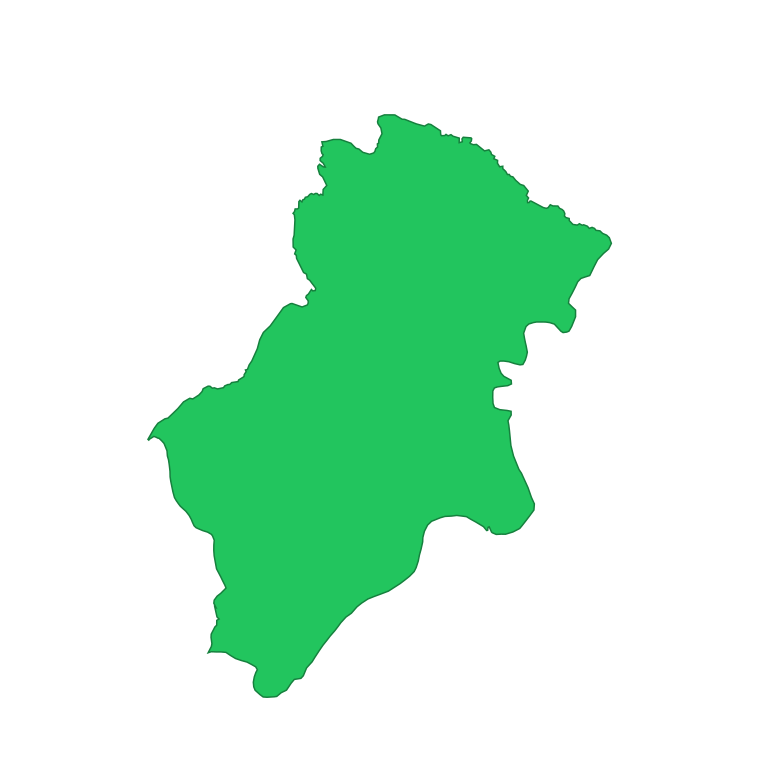 Luozi, Bas-Congo, Democratic Republic of the Congo, rotated 158°
{"feature_id": "63176286B40063645047483", "entity_name": "Luozi", "entity_type": "district", "adm_level": 2, "iso_a3": "COD", "parent_name": "Democratic Republic of the Congo", "parent_adm1": "Bas-Congo", "projection": "mercator", "projection_center": [13.9, -4.819], "detail": "fine", "context": "isolated", "style": "filled", "palette": "green", "viewbox_px": 768, "rotation_deg": 158, "n_neighbors": 0, "source": "geoboundaries", "source_scale": "gbopen_adm2", "svg_char_len": 5691}
<svg xmlns="http://www.w3.org/2000/svg" viewBox="0 0 768 768"><g transform="rotate(158 384 384)"><path d="M623.6,421.1L623.1,420.1L622.1,420.7L617.0,421.6L615.3,420.1L614.0,418.6L612.9,417.9L611.4,414.6L610.2,411.3L610.2,407.4L610.2,403.4L611.8,398.4L612.2,394.4L613.3,389.8L615.1,383.3L617.1,378.0L618.2,373.4L620.1,363.1L620.8,357.2L620.3,353.7L619.5,350.2L618.6,346.9L615.4,340.3L613.9,335.1L613.4,330.7L613.4,327.6L613.2,323.7L612.1,321.2L610.3,319.3L607.0,316.0L603.0,312.7L600.3,309.2L599.9,307.2L599.9,302.8L602.1,298.4L604.1,293.6L605.8,288.4L607.1,282.2L608.5,275.4L607.6,266.4L607.3,261.8L606.9,257.0L606.9,254.0L613.7,251.1L618.2,249.8L622.4,247.2L623.9,244.5L623.6,239.8L624.4,240.8L626.1,230.6L625.0,227.9L627.6,227.5L629.5,223.0L631.8,222.1L637.9,216.8L639.3,213.8L640.8,207.8L642.4,205.3L647.7,200.7L644.5,200.5L642.9,199.8L639.6,198.3L635.8,196.8L631.1,194.4L628.0,189.8L624.5,185.1L620.0,181.2L615.2,177.5L611.8,173.5L608.9,169.8L608.5,166.5L610.9,164.5L614.0,161.0L616.9,156.4L618.2,152.0L618.2,148.3L615.3,142.4L613.3,139.1L609.8,137.4L602.9,135.1L600.5,134.5L594.9,136.3L589.1,136.7L585.8,138.9L582.3,141.3L577.8,143.7L571.3,142.2L568.1,143.7L562.1,149.8L554.8,153.3L550.6,156.4L543.7,161.2L538.4,164.7L532.2,168.2L528.5,170.4L522.0,173.7L516.9,176.7L513.4,178.9L506.5,182.2L500.1,183.7L492.6,187.5L487.0,189.2L479.5,190.7L473.1,190.7L466.6,190.5L457.5,190.3L450.7,191.6L443.8,192.9L438.3,194.4L432.3,196.2L426.3,198.8L423.0,201.7L418.5,207.1L415.2,212.2L411.5,217.0L407.3,223.1L405.5,227.1L401.7,232.3L396.4,236.9L391.3,238.9L382.0,238.9L377.1,238.4L370.7,236.2L365.8,234.9L361.8,232.7L357.2,230.1L354.3,226.2L350.7,221.8L345.2,214.5L344.1,210.9L343.7,209.7L342.7,209.5L341.2,212.1L340.0,212.2L339.9,210.8L339.9,209.4L339.8,208.0L339.8,206.6L339.3,205.5L336.3,202.5L331.6,200.9L327.6,199.2L319.9,198.5L312.3,199.2L309.5,200.7L304.1,203.8L298.2,207.3L292.2,211.0L289.5,216.5L289.8,223.7L289.3,233.8L290.0,249.8L290.9,254.2L290.9,268.6L289.4,279.4L285.2,293.6L283.7,299.1L282.8,303.5L277.7,307.6L276.4,311.1L279.7,313.3L286.2,316.8L290.4,320.8L290.2,325.2L289.5,327.1L288.2,330.9L285.7,336.8L283.1,339.0L279.8,338.8L275.6,337.7L269.8,336.1L265.8,336.3L264.7,339.8L268.0,343.8L270.0,346.2L271.4,350.1L271.4,355.4L270.3,361.3L267.8,361.8L264.3,360.4L259.8,357.8L255.4,354.1L250.7,350.8L247.9,350.1L244.1,353.2L241.4,356.5L239.2,359.8L237.9,366.3L237.5,369.0L236.6,373.8L235.5,378.8L230.8,384.1L227.3,385.4L222.4,385.0L219.1,384.3L214.2,382.3L210.7,380.8L207.3,378.8L203.6,375.7L201.8,370.9L200.2,366.7L198.7,364.6L195.1,363.7L192.7,363.7L188.5,367.0L185.4,370.2L181.2,374.6L178.7,380.8L180.7,385.1L182.7,389.7L180.5,393.7L175.7,397.6L170.4,402.2L166.1,406.2L161.9,408.1L157.7,407.9L152.6,407.5L149.5,410.3L145.1,414.3L139.3,419.3L131.6,422.8L125.2,425.0L120.5,429.2L120.3,435.2L121.8,438.6L122.6,439.4L124.9,441.7L126.4,445.1L129.9,447.1L130.5,449.4L132.1,450.9L132.4,451.3L135.4,451.4L136.3,454.1L139.2,456.8L140.8,457.0L142.8,459.4L145.2,458.9L149.1,461.2L151.0,466.1L150.3,468.1L152.9,470.1L153.2,470.7L153.8,472.0L152.5,474.3L152.6,477.2L153.5,479.1L155.1,480.8L155.4,481.1L156.1,483.9L160.7,485.8L162.7,487.9L165.8,486.0L166.3,486.0L167.7,486.1L170.2,487.9L179.1,498.5L180.0,498.9L181.4,497.9L182.9,498.4L182.5,499.7L182.2,500.6L180.3,502.3L181.4,505.5L178.0,508.8L180.1,515.7L181.9,517.2L183.0,518.2L185.6,523.5L186.9,527.8L188.9,529.2L189.4,531.4L191.1,532.0L191.5,535.4L193.2,539.2L192.3,541.4L195.4,542.1L196.1,546.2L195.6,547.3L194.9,548.8L197.8,551.7L196.0,553.6L198.3,556.5L198.1,559.0L199.0,561.8L203.5,562.5L208.5,571.5L211.5,572.4L213.7,574.4L214.1,575.4L212.0,576.6L210.8,578.6L211.1,579.6L218.1,583.1L219.9,582.0L220.6,579.3L222.2,579.4L223.9,579.6L222.1,583.8L227.2,587.9L228.5,590.1L231.6,590.1L233.0,592.2L234.6,591.6L237.7,592.7L237.8,593.2L238.0,594.0L236.8,597.6L243.3,607.0L245.5,608.5L248.6,608.1L249.8,607.9L255.6,612.3L256.9,613.3L265.6,621.6L268.0,622.7L272.3,628.3L273.1,629.4L282.8,633.4L289.0,633.5L290.0,631.9L291.8,629.5L292.1,627.5L291.0,622.5L292.1,616.8L297.4,612.2L298.8,609.3L300.2,609.1L301.2,606.1L303.5,605.3L304.6,604.0L305.2,603.1L307.0,602.1L311.3,602.4L316.9,606.8L319.2,611.2L321.7,613.1L322.9,615.8L324.4,619.6L332.9,627.1L339.4,629.7L346.7,630.5L350.9,631.8L351.6,627.3L353.4,627.2L354.9,623.7L355.2,620.8L354.5,619.5L355.7,618.1L358.6,617.2L359.5,615.1L358.2,612.5L357.6,611.4L357.2,607.2L358.9,608.0L361.5,611.9L363.8,610.7L364.0,610.1L364.5,608.8L365.1,602.5L363.3,599.0L362.7,589.5L367.5,587.2L369.9,582.1L371.6,583.7L373.5,583.1L374.7,585.7L376.3,586.4L378.1,586.0L380.0,587.8L381.8,587.6L384.6,586.2L387.0,586.6L388.6,585.1L389.5,585.2L390.1,585.3L391.9,583.6L393.1,585.8L394.6,585.0L397.2,579.1L398.6,578.7L400.8,579.6L402.4,577.4L404.4,576.3L403.7,574.6L405.1,569.5L411.6,555.6L413.8,552.8L414.0,552.5L416.9,545.0L415.3,541.2L418.1,538.1L417.6,537.1L417.1,536.2L418.0,533.2L416.8,517.5L414.7,514.9L415.6,510.4L414.0,508.0L413.2,504.9L411.4,498.4L412.7,496.4L415.2,497.0L415.9,498.8L420.4,495.7L422.8,495.0L424.1,493.5L423.6,491.4L423.1,489.6L424.1,487.2L425.6,486.0L431.1,486.1L439.1,493.1L440.7,493.5L448.6,492.5L450.8,491.1L460.8,484.8L467.7,480.5L476.5,477.0L482.5,471.7L483.3,470.7L488.3,464.1L497.9,454.9L501.9,452.2L505.1,448.7L505.8,448.7L507.2,448.9L507.2,447.1L510.1,445.1L511.0,443.3L517.3,442.2L518.4,440.9L524.7,442.4L526.5,441.6L527.1,441.4L529.1,442.0L532.4,441.9L534.2,440.7L536.8,441.2L540.2,441.8L541.7,443.1L542.7,444.0L544.7,444.4L546.2,447.1L547.9,447.9L553.4,447.4L555.4,445.2L558.6,443.7L559.9,443.1L566.9,441.8L569.4,443.5L571.8,443.2L576.6,442.5L584.4,438.4L597.1,433.3L600.2,433.8L608.3,432.3L610.6,430.9L613.6,429.0L623.6,421.1Z" fill="#22c55e" stroke="#15803d" stroke-width="1.5"/></g></svg>